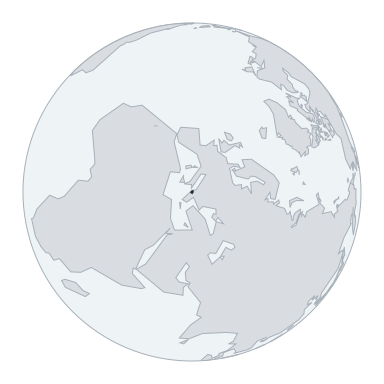 Gjirokastër highlighted on a globe, orthographic projection, rotated 79°
{"feature_id": "ALB-1525", "entity_name": "Gjirokastër", "entity_type": "County", "adm_level": 1, "iso_a3": "ALB", "parent_name": "Albania", "parent_adm1": "", "projection": "orthographic", "projection_center": [20.177, 40.156], "detail": "fine", "context": "on_globe", "style": "filled", "palette": "slate", "viewbox_px": 384, "rotation_deg": 79, "n_neighbors": 0, "source": "natural_earth", "source_scale": "10m", "svg_char_len": 10734}
<svg xmlns="http://www.w3.org/2000/svg" viewBox="0 0 384 384"><g transform="rotate(79 192 192)"><circle cx="192" cy="192" r="169" fill="#eef3f6" stroke="#a8b0b8"/><path d="M121.8,38.3L127.2,36.3L122.4,38.4L125.3,37.4L131.5,35.1L134.8,33.8L153.2,30.5L173.9,27.5L179.8,25.8L179.0,27.1L189.7,24.0L200.5,23.8L188.7,24.6L187.8,25.2L195.3,25.1L196.0,25.7L200.0,26.2L200.1,27.1L193.2,28.0L193.2,28.8L198.5,28.7L202.0,29.9L194.2,29.8L199.5,32.1L188.9,34.9L167.9,35.5L162.4,39.3L141.5,46.4L143.8,47.1L137.3,50.8L137.4,53.2L133.5,54.2L137.0,55.3L140.6,53.9L143.3,54.0L143.7,55.4L138.8,56.9L137.9,56.4L136.7,57.5L134.0,57.7L135.6,58.4L129.6,60.2L136.1,60.6L131.7,63.9L127.6,64.5L127.4,61.6L117.2,57.3L112.9,57.7L107.2,61.0L97.7,72.6L93.3,74.6L87.8,79.4L90.5,79.4L95.8,75.7L99.5,77.2L105.5,73.0L107.9,73.2L114.3,70.4L114.0,74.0L110.2,79.2L104.9,81.9L103.1,84.4L108.7,84.7L99.3,92.9L94.0,104.3L91.5,106.4L85.5,104.6L84.1,96.9L76.4,96.2L82.1,100.1L75.6,105.8L74.9,108.3L75.6,110.2L78.3,109.6L76.3,112.4L69.9,109.2L71.7,106.5L73.7,107.4L72.9,104.1L68.6,102.6L65.7,106.0L62.3,101.5L60.1,104.0L58.2,104.6L61.8,100.9L55.3,107.8L50.7,106.1L41.7,118.9L49.9,104.9L52.3,99.8L54.5,95.3L53.0,97.2L58.0,89.5L58.7,88.2L67.4,77.9L76.9,68.3L87.2,59.4L98.2,51.5L109.7,44.4L121.8,38.3ZM43.2,111.9L41.9,114.6L40.7,116.7L43.2,111.9ZM26.5,158.1L26.2,159.4L26.8,157.7L27.1,160.6L25.2,168.1L26.8,164.6L26.0,171.4L27.6,182.8L27.0,183.6L28.1,202.3L32.2,217.0L33.2,225.1L32.4,227.2L34.5,231.9L34.6,234.2L45.6,252.6L53.5,265.9L54.8,273.4L51.1,276.1L54.8,289.1L50.4,284.2L44.2,273.9L38.8,263.3L34.1,252.2L30.3,240.9L27.2,229.3L25.0,217.6L23.6,205.7L23.0,193.8L23.3,181.8L24.5,169.9L26.5,158.1ZM39.3,122.6L34.0,139.5L34.6,134.0L34.9,134.1L36.8,128.8L39.4,121.4L40.7,117.4L39.3,122.6ZM42.4,120.7L43.1,118.3L42.7,120.1L42.4,120.7ZM136.2,33.2L131.5,35.0L125.7,37.1L129.5,35.4L136.2,33.2ZM147.4,30.2L145.4,31.0L142.3,31.4L144.4,30.8L147.4,30.2ZM183.8,24.8L179.9,25.1L183.5,24.6L183.8,24.8ZM200.5,26.1L201.4,25.9L203.1,26.3L200.5,26.1ZM114.1,68.6L114.2,69.5L112.9,69.5L114.1,68.6ZM116.7,66.7L115.2,66.2L116.2,65.2L117.2,65.5L116.7,66.7ZM204.9,28.2L207.4,29.1L203.7,28.3L204.9,28.2ZM118.4,67.6L118.3,63.5L120.2,61.9L125.3,61.9L118.4,67.6ZM208.1,29.7L214.1,32.2L216.6,31.7L212.9,34.8L209.0,31.4L204.0,30.4L207.4,30.4L208.1,29.7ZM141.5,52.9L137.8,54.4L140.5,52.0L141.5,52.9ZM142.6,51.4L147.1,44.4L152.9,43.1L150.2,45.6L157.3,43.3L157.9,46.0L154.1,48.0L150.3,48.1L153.4,49.1L142.6,51.4ZM209.9,36.2L210.3,37.1L208.5,36.4L209.9,36.2ZM144.6,53.9L145.0,52.5L150.0,51.3L150.1,53.9L148.5,53.4L144.6,53.9ZM158.9,41.4L162.7,41.1L164.2,43.3L165.8,43.5L158.4,46.0L158.9,41.4ZM147.5,54.4L150.0,55.3L148.1,57.3L144.5,55.3L147.5,54.4ZM151.3,49.9L153.6,49.5L152.4,50.5L151.3,49.9ZM142.4,65.0L142.8,63.1L145.4,62.2L142.4,65.0ZM151.1,55.6L151.8,54.9L152.9,54.4L154.0,55.5L151.1,55.6ZM160.0,47.5L159.8,48.5L163.1,46.5L164.4,48.2L159.2,49.7L161.9,49.8L162.3,50.4L157.7,51.0L160.0,47.5ZM158.5,55.1L152.4,57.9L151.1,61.6L148.7,62.4L151.2,56.4L158.5,55.1ZM158.4,52.6L157.9,54.3L155.2,54.3L153.9,53.1L158.4,52.6ZM167.1,49.0L166.5,45.9L167.6,45.7L167.1,49.0ZM158.7,56.2L160.2,55.5L158.9,56.4L158.7,56.2ZM165.1,51.1L164.7,50.0L166.0,49.8L165.1,51.1ZM163.4,55.2L161.4,56.0L160.5,55.2L163.4,55.2ZM164.6,53.3L166.5,53.3L161.3,54.4L164.2,52.8L164.6,53.3ZM166.4,51.1L167.1,50.6L166.4,51.6L166.4,51.1ZM168.3,58.0L161.9,59.5L159.8,57.6L166.2,56.3L168.3,58.0ZM103.4,268.4L91.8,242.4L96.9,235.3L97.3,224.4L131.7,195.9L139.5,200.0L167.1,198.8L170.7,200.5L168.0,209.4L189.2,221.0L195.4,213.5L214.0,218.2L226.1,216.4L229.3,199.0L209.6,201.6L205.6,193.6L221.0,184.3L238.1,182.3L237.1,179.2L225.8,173.9L229.2,167.1L221.8,171.5L225.2,174.4L220.6,177.4L217.3,175.0L218.6,172.6L213.3,171.8L208.2,184.2L211.1,188.4L197.5,191.6L201.0,199.2L197.5,203.0L190.3,191.7L190.6,187.4L177.6,175.0L176.0,179.7L188.2,191.9L184.6,191.0L182.5,198.2L181.3,192.0L168.4,178.1L155.8,179.9L140.5,195.7L133.0,195.8L126.3,190.7L131.0,173.2L147.4,175.1L149.2,169.5L145.3,160.3L150.6,161.9L150.9,158.6L157.0,159.0L164.9,151.8L171.0,151.5L173.5,141.5L177.0,140.2L174.5,146.3L176.1,150.7L191.1,150.3L193.8,148.2L194.2,141.9L198.3,142.8L196.8,136.8L205.1,133.9L193.7,132.6L193.8,125.9L198.5,120.5L196.5,118.2L188.9,127.0L187.7,130.9L190.0,134.4L184.9,145.4L179.9,147.2L177.4,135.3L169.9,136.8L171.2,127.4L191.0,108.4L199.6,104.6L215.1,111.8L213.5,116.1L207.1,115.6L213.6,122.0L212.8,118.6L216.2,119.6L217.2,113.9L219.6,114.4L216.4,108.4L219.5,108.3L221.5,112.2L225.7,104.3L232.0,103.0L231.8,101.1L229.7,99.4L239.1,99.2L238.5,97.8L235.2,97.3L231.9,94.3L229.6,89.0L233.0,89.2L234.3,91.1L242.0,95.8L244.8,101.2L246.0,100.8L244.3,96.2L234.9,90.5L232.6,87.3L237.3,89.4L235.4,88.4L235.4,86.9L238.4,85.7L233.3,83.3L227.8,68.2L233.2,64.9L238.1,68.2L237.8,59.2L243.9,57.1L240.8,56.5L238.6,52.4L236.7,53.0L235.0,52.4L228.5,43.1L229.5,41.5L223.3,37.6L221.7,37.4L220.5,38.4L212.9,34.8L216.6,31.7L220.0,32.3L220.1,30.4L227.8,32.1L234.2,32.9L242.6,36.4L246.9,37.1L246.4,36.3L252.0,37.0L265.0,41.8L256.6,41.2L237.5,36.6L245.5,38.5L244.3,39.3L247.6,40.8L253.2,42.3L253.4,41.7L265.7,51.5L280.5,60.0L277.9,55.7L280.5,55.3L295.0,63.2L316.0,84.4L319.7,85.9L322.8,88.9L325.8,93.8L321.4,89.5L320.7,90.8L317.8,87.8L321.1,94.9L317.1,91.0L321.7,98.8L324.6,100.3L323.1,95.2L328.9,104.2L332.8,105.3L337.9,111.8L347.0,132.0L349.3,143.8L350.4,146.6L348.9,147.1L350.6,156.0L356.3,163.6L357.4,167.7L358.4,182.1L357.8,179.3L353.8,180.6L355.7,191.7L358.8,193.2L360.0,200.4L358.8,202.4L357.3,196.4L355.8,196.6L354.3,187.5L349.5,177.9L348.1,185.2L346.4,179.9L339.5,174.3L336.5,184.6L332.9,208.8L335.5,222.9L332.9,232.3L322.3,218.9L316.8,206.8L313.5,211.0L302.1,204.7L284.1,214.1L281.0,211.2L277.7,214.8L269.7,213.9L264.9,208.8L260.3,211.0L272.9,224.2L277.9,221.8L281.4,213.4L284.0,218.7L291.7,220.6L284.8,238.9L257.2,261.4L253.8,251.1L229.2,224.4L229.6,220.5L229.4,220.1L229.1,219.4L227.6,225.8L223.1,220.1L237.0,240.4L239.6,249.4L256.9,262.1L255.4,264.3L260.7,266.1L276.9,256.5L277.2,260.1L270.0,278.8L246.9,305.2L249.6,316.5L247.3,326.2L232.1,334.9L232.6,340.7L224.7,343.9L223.7,347.0L216.8,350.7L205.7,354.1L187.6,354.6L187.1,352.5L179.0,347.4L168.0,332.3L173.2,324.8L171.8,318.2L158.7,301.3L161.6,292.1L157.9,287.6L150.4,287.7L146.1,282.1L141.5,281.2L112.5,278.0L103.4,268.4ZM120.6,213.3L119.8,216.6L120.6,213.3ZM257.0,188.7L266.8,186.1L261.1,176.8L264.4,175.1L261.2,172.7L260.6,176.2L252.8,169.3L256.5,164.7L254.7,160.4L251.3,161.1L245.7,170.7L256.9,180.4L255.2,185.5L257.0,188.7ZM27.7,183.1L27.7,185.9L27.2,184.1L27.7,183.1ZM33.4,136.0L32.9,138.5L32.2,140.8L32.4,139.4L33.4,136.0ZM32.0,155.9L32.0,159.2L31.4,157.0L32.0,155.9ZM33.4,142.0L31.9,153.5L31.0,150.1L32.1,143.0L32.1,146.1L33.4,142.0ZM40.1,123.5L39.5,125.4L38.8,126.3L40.1,123.5ZM42.1,122.0L42.1,121.6L43.0,119.8L42.1,122.0ZM76.0,105.9L76.5,106.3L76.7,108.6L75.4,108.3L76.0,105.9ZM84.4,115.2L81.0,119.6L82.6,116.1L80.2,116.3L80.6,109.4L90.2,107.1L85.8,109.2L84.4,115.2ZM83.8,100.0L82.5,104.3L83.6,99.8L83.8,100.0ZM147.0,141.2L149.3,143.7L147.2,147.3L139.5,148.7L142.4,143.4L147.0,141.2ZM153.0,146.5L152.6,134.9L157.4,133.9L154.8,136.3L158.0,136.8L154.6,141.0L159.5,151.8L158.1,155.8L144.6,155.6L149.8,153.3L147.3,150.8L153.0,146.5ZM143.2,110.5L143.1,106.5L153.6,109.4L152.5,112.9L144.7,114.3L141.5,111.0L143.2,110.5ZM127.5,68.8L126.8,67.8L128.1,67.3L129.8,67.8L127.5,68.8ZM142.4,64.2L132.0,73.2L130.7,72.4L126.2,79.2L121.0,79.7L124.0,75.2L116.6,80.9L117.3,77.1L112.7,81.3L120.0,71.2L120.3,68.3L122.0,71.3L126.8,70.8L129.0,69.7L135.4,64.7L138.4,58.5L143.7,57.4L146.6,58.3L146.7,59.6L143.2,59.8L145.8,61.4L140.9,62.8L142.4,64.2ZM178.0,74.3L173.9,73.1L178.3,78.3L173.4,79.0L174.2,79.5L170.9,81.7L168.2,85.3L165.9,85.1L165.9,86.7L163.7,88.3L162.9,90.4L158.4,90.9L157.1,93.6L155.8,92.4L154.6,97.0L153.5,93.8L150.5,95.8L153.2,97.8L131.2,97.2L122.9,100.0L116.6,104.2L115.5,98.7L120.7,91.4L129.0,84.5L137.2,82.9L135.2,80.9L138.5,79.6L138.7,81.7L140.4,77.7L143.2,77.3L150.6,72.3L151.3,67.3L154.0,65.5L155.1,67.3L157.1,64.3L161.0,66.5L163.0,65.4L168.9,66.6L169.8,71.0L172.1,69.4L176.6,70.5L178.0,74.3ZM169.9,58.5L172.1,63.1L170.5,65.9L160.9,62.6L158.5,63.3L152.3,61.8L154.8,57.9L156.3,58.6L158.4,58.5L156.8,59.8L159.6,58.7L161.9,59.8L164.7,59.3L164.6,60.9L169.9,58.5ZM174.4,197.2L177.1,197.7L181.2,197.4L180.0,202.1L174.4,197.2ZM165.4,187.9L167.8,187.4L168.1,193.5L165.3,193.1L165.4,187.9ZM168.9,182.2L167.9,186.9L166.8,184.2L168.9,182.2ZM176.7,145.7L179.2,145.0L179.6,146.5L178.3,148.7L176.7,145.7ZM189.9,91.1L187.9,89.6L188.6,88.9L186.9,84.3L190.4,83.6L192.8,86.1L189.9,91.1ZM226.1,202.4L222.8,206.2L220.9,204.9L222.4,203.9L226.1,202.4ZM200.4,204.9L206.4,206.7L200.0,206.2L200.4,204.9ZM193.5,89.6L192.4,87.7L194.8,88.6L193.5,89.6ZM192.9,82.9L195.7,83.5L190.6,83.0L192.9,82.9ZM274.3,316.7L261.4,334.5L254.0,336.9L253.4,333.4L258.7,323.4L267.6,318.0L272.2,312.1L274.3,316.7ZM359.6,213.5L358.8,214.9L354.5,207.5L356.1,204.0L359.9,203.8L359.8,206.4L360.3,206.6L359.8,211.5L359.6,213.5ZM360.9,195.4L360.9,193.4L360.8,188.5L360.8,185.9L360.4,178.0L360.9,195.4ZM336.1,223.7L339.5,229.1L337.8,232.5L336.1,223.7ZM357.5,158.0L357.9,160.1L355.5,149.2L355.6,149.9L357.5,158.0ZM354.0,144.0L353.7,143.3L353.3,141.8L353.7,143.0L354.0,144.0ZM352.1,150.4L352.2,153.8L351.3,152.0L350.7,146.6L352.1,150.4ZM341.8,117.5L344.9,122.8L346.0,125.2L344.6,123.2L341.8,117.5ZM221.9,83.9L220.3,90.8L221.5,95.9L225.9,98.7L219.1,97.9L217.2,90.1L221.9,83.9ZM226.7,70.0L222.9,67.9L225.0,67.1L226.1,67.5L226.7,70.0ZM224.2,69.9L218.8,70.6L216.9,68.4L221.5,68.3L224.2,69.9ZM206.2,79.6L205.5,81.6L203.5,80.8L206.2,79.6ZM353.0,140.7L353.3,141.9L349.5,132.1L348.7,129.5L351.9,137.6L352.1,137.9L353.0,140.7ZM323.0,86.6L321.1,84.8L319.3,82.2L321.1,84.2L323.0,86.6ZM311.6,73.0L318.2,80.9L323.1,87.9L323.3,87.5L327.6,92.7L325.3,91.1L319.2,83.2L316.1,78.8L312.2,75.0L307.8,70.3L303.5,67.0L300.5,64.3L303.4,66.0L311.6,73.0ZM301.7,65.8L292.6,59.6L290.7,56.9L292.3,57.6L297.3,61.5L298.0,62.7L301.7,65.8ZM289.8,57.4L290.4,58.6L278.1,54.4L275.0,53.0L283.4,54.1L284.4,55.4L287.7,57.1L289.8,57.4ZM212.0,37.0L210.5,37.1L211.1,36.4L212.0,37.0ZM234.0,52.8L231.9,52.0L232.7,51.0L234.0,52.8ZM226.5,49.2L227.0,50.8L225.0,49.0L226.5,49.2ZM228.4,54.6L226.5,51.4L230.4,54.6L228.4,54.6Z" fill="#d9dde1" stroke="#a8b0b8" stroke-width="1"/><path d="M193.0,192.2L192.9,192.3L192.7,192.2L192.7,192.3L192.4,192.5L192.4,192.8L192.5,192.9L192.5,193.0L192.4,193.1L192.2,193.0L192.3,192.9L192.2,192.9L192.1,192.7L191.9,192.5L191.7,192.3L191.4,192.1L191.3,191.9L191.2,191.8L191.2,191.7L191.1,191.4L191.1,191.2L191.3,191.0L191.3,190.9L191.5,190.9L191.5,191.0L191.8,191.0L192.0,191.1L192.2,191.4L192.3,191.4L192.4,191.2L192.5,191.2L192.6,191.3L192.6,191.5L192.8,191.7L192.7,191.7L192.7,191.8L192.8,191.9L192.8,192.0L193.0,192.2L193.0,192.2Z" fill="#64748b" stroke="#1e293b" stroke-width="1.5"/></g></svg>